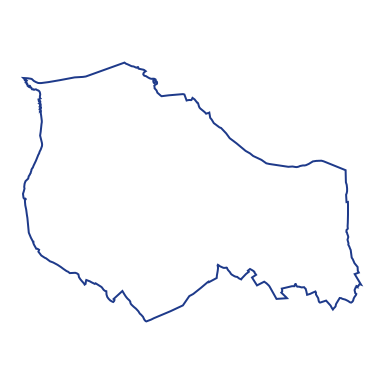 Spinus, Bihor, Romania (Mercator projection)
{"feature_id": "2599482B16255250220443", "entity_name": "Spinus", "entity_type": "district", "adm_level": 2, "iso_a3": "ROU", "parent_name": "Romania", "parent_adm1": "Bihor", "projection": "mercator", "projection_center": [22.193, 47.203], "detail": "fine", "context": "isolated", "style": "outline", "palette": "blue", "viewbox_px": 384, "rotation_deg": 0, "n_neighbors": 0, "source": "geoboundaries", "source_scale": "gbopen_adm2", "svg_char_len": 5733}
<svg xmlns="http://www.w3.org/2000/svg" viewBox="0 0 384 384"><path d="M358.8,272.6L357.8,270.8L357.6,267.0L354.5,263.2L352.8,259.3L351.7,257.6L350.7,250.0L350.0,248.5L349.4,246.8L348.3,244.7L348.5,243.3L347.5,239.8L348.3,237.0L347.9,235.5L347.3,234.0L346.9,232.4L346.4,232.0L346.5,230.1L347.8,228.7L347.6,226.2L347.8,222.7L348.0,214.6L348.0,204.8L347.9,201.9L346.5,202.1L346.4,200.7L346.4,199.6L346.3,198.3L346.1,194.7L346.7,193.2L347.1,191.2L347.1,188.4L346.7,184.8L345.9,182.3L345.6,170.2L323.6,161.3L321.4,160.7L316.4,160.9L312.9,161.4L308.8,163.9L305.9,165.2L304.2,165.5L303.1,165.4L300.1,166.0L298.5,166.7L296.7,167.1L295.4,167.0L292.5,166.5L288.3,166.8L269.5,164.0L266.3,163.3L261.5,159.9L253.2,156.0L250.0,153.4L245.6,150.9L236.6,143.4L229.7,138.2L226.2,133.4L221.1,128.0L219.5,127.4L213.8,123.1L211.7,119.6L210.2,117.8L209.3,112.6L208.3,113.1L207.8,113.1L206.1,113.7L205.8,113.4L205.7,113.1L204.4,111.9L200.4,108.6L199.5,107.6L198.9,106.2L198.2,103.7L197.8,102.9L197.5,102.6L197.2,102.7L194.6,99.4L192.5,97.9L191.5,99.9L191.1,100.1L189.2,100.0L187.7,100.2L186.6,100.5L184.4,94.5L183.0,94.1L168.8,95.3L161.6,96.2L160.7,95.6L157.4,92.7L156.5,90.4L154.6,88.3L154.6,87.6L154.3,85.6L155.6,84.5L156.6,84.1L157.0,83.6L157.1,83.0L156.9,81.9L156.6,81.5L156.2,81.3L155.8,81.4L154.4,83.1L154.0,83.0L153.6,82.5L153.3,81.2L153.3,80.5L153.8,80.1L154.4,79.9L155.5,80.1L155.7,79.9L155.6,79.5L154.8,79.0L153.9,78.7L151.2,78.8L149.6,78.3L147.8,77.3L146.1,76.2L144.3,75.7L143.3,74.5L143.4,73.6L143.7,72.9L144.5,72.0L145.7,71.2L144.3,70.1L143.4,69.7L139.0,68.8L138.3,68.4L138.1,68.1L138.3,67.5L138.0,67.1L137.4,67.2L136.3,67.7L133.7,66.5L131.6,66.2L128.0,64.5L125.8,63.6L124.5,62.6L85.8,76.5L83.0,76.9L74.6,77.4L59.7,80.2L48.5,82.1L40.9,83.1L38.2,83.0L35.8,82.0L33.8,80.9L31.9,79.1L31.1,78.8L28.0,78.3L23.4,78.0L23.9,78.5L24.7,78.7L24.6,79.8L24.9,80.3L25.1,80.3L25.4,79.5L25.9,79.6L25.9,80.0L25.5,80.7L25.7,80.9L26.6,80.9L25.8,82.3L26.3,82.4L26.8,83.1L26.5,83.4L26.8,84.1L27.5,84.4L27.6,85.0L27.5,85.7L27.8,86.0L28.7,86.6L29.4,85.8L29.8,85.8L30.0,86.0L30.0,86.4L29.4,87.1L30.3,87.5L31.2,87.5L31.5,88.0L31.8,89.0L32.0,89.3L32.3,89.4L33.5,89.3L34.0,89.8L34.4,89.7L35.2,89.4L36.1,89.4L37.5,90.3L38.2,90.4L38.9,90.9L39.3,91.3L39.7,92.0L40.0,93.0L40.2,94.2L40.2,94.8L39.9,96.1L39.9,97.1L40.0,98.1L40.4,98.5L40.2,98.6L39.7,98.5L39.5,99.2L39.3,99.5L38.5,99.5L38.5,99.8L39.2,100.2L39.2,100.5L38.9,100.9L38.9,101.2L39.4,101.4L39.8,101.2L40.1,101.1L40.3,101.4L40.2,102.2L39.8,102.0L39.4,102.1L39.5,102.8L39.9,102.9L39.9,103.4L39.8,103.8L39.8,104.0L39.7,104.0L39.9,104.2L40.5,104.0L40.7,104.7L40.0,105.1L40.0,105.6L40.6,105.8L40.6,106.0L39.8,106.7L39.7,106.8L40.3,107.2L40.5,107.3L40.8,107.1L41.0,107.4L41.0,107.8L40.2,108.2L39.8,108.8L39.7,109.1L40.2,109.1L40.4,110.0L40.3,110.5L40.4,110.4L40.3,111.0L40.0,111.4L40.1,111.5L40.9,111.4L40.8,112.2L40.8,113.1L40.9,114.2L41.1,115.2L41.8,120.8L41.8,122.2L41.5,124.0L40.7,131.6L40.1,135.6L41.9,142.8L42.1,144.4L42.0,146.0L40.7,149.6L39.8,151.3L39.3,152.6L39.1,153.5L38.4,154.6L35.9,160.8L33.5,165.8L32.8,167.7L32.1,168.4L31.4,169.9L31.4,170.5L30.9,172.0L30.7,172.5L30.7,173.0L30.1,173.8L30.0,174.3L28.7,176.3L28.2,178.6L26.1,180.6L25.5,181.2L24.6,183.7L24.2,187.0L24.5,188.5L23.8,191.3L23.0,193.8L23.5,197.8L24.0,198.5L25.1,198.5L25.6,198.8L25.7,199.3L24.9,200.1L25.0,202.2L25.3,205.4L26.2,209.7L26.9,214.9L27.4,218.0L28.8,232.7L30.9,237.7L32.9,241.5L33.4,241.6L33.5,242.2L33.2,242.6L33.9,244.5L36.3,248.8L37.0,248.7L37.8,249.0L39.1,249.8L38.9,250.4L38.4,251.7L41.3,255.5L44.8,257.8L46.0,258.3L50.0,261.3L53.2,262.5L57.5,264.8L61.0,267.1L63.4,268.9L66.6,271.1L68.0,271.7L69.8,273.1L75.2,272.8L76.8,273.3L78.4,274.4L79.0,277.2L80.3,279.2L81.7,280.9L84.0,283.5L84.6,284.6L85.6,283.9L85.9,281.2L86.3,280.0L89.8,281.3L91.5,282.3L94.8,283.9L95.6,283.3L101.5,287.0L102.4,288.1L103.6,289.8L105.0,290.9L106.3,291.2L106.5,294.5L107.3,297.0L108.6,298.8L110.3,300.5L112.4,301.7L113.2,302.0L113.9,301.3L114.3,300.6L114.5,299.8L113.6,299.0L122.4,291.0L124.3,294.2L125.8,296.5L127.3,298.4L129.6,300.6L130.3,301.8L130.3,302.4L130.7,303.6L131.3,304.5L133.6,306.7L136.0,308.7L138.4,311.3L139.3,312.8L139.9,313.7L141.0,314.6L143.0,316.8L144.3,319.6L145.6,321.1L146.4,321.4L151.1,319.6L153.9,318.2L170.5,311.2L182.9,305.4L189.3,296.1L193.2,294.0L201.0,287.8L207.5,282.3L208.6,281.6L208.9,282.2L216.7,278.0L216.9,275.5L217.7,270.9L218.0,268.4L217.9,266.7L217.6,265.4L217.9,264.8L218.7,265.3L219.8,266.2L223.1,267.7L223.8,267.9L225.0,267.9L226.4,267.6L226.9,267.8L227.5,269.2L228.0,270.0L230.2,272.5L230.6,273.4L231.2,274.1L231.9,274.7L234.6,276.3L236.1,276.8L237.2,276.9L239.0,278.4L241.2,279.4L241.9,278.3L246.1,273.9L248.8,271.8L247.9,270.7L250.0,269.0L252.0,270.1L253.6,271.1L254.4,271.9L254.4,272.4L256.1,274.8L252.0,277.5L257.0,285.4L264.2,281.7L266.5,283.3L268.8,285.5L269.5,286.4L276.5,298.9L287.0,298.2L286.2,297.3L281.3,292.6L281.7,292.2L282.2,291.4L282.1,289.6L281.8,288.6L292.0,286.2L294.4,286.2L294.8,284.9L295.4,284.0L295.7,284.0L296.4,285.6L297.3,286.7L299.1,286.7L301.6,287.4L304.1,287.2L305.1,288.4L305.6,288.7L306.3,291.1L306.6,292.5L307.1,294.8L310.1,293.9L312.8,292.6L315.4,291.5L316.0,292.7L315.9,293.1L316.0,294.5L318.2,298.2L318.7,300.9L319.2,302.0L319.8,302.5L320.4,302.5L326.1,300.6L330.6,305.6L331.8,307.9L332.9,309.5L333.7,308.4L335.0,307.1L335.5,306.4L335.7,305.9L335.8,305.0L336.1,304.0L336.6,303.1L339.7,298.0L341.3,298.2L342.3,298.8L345.3,299.6L347.9,300.9L350.0,302.3L351.1,302.6L352.2,301.9L353.1,300.7L353.7,298.5L354.5,297.0L355.9,295.1L356.3,294.0L355.3,293.2L354.7,290.7L354.6,290.0L355.6,287.7L355.7,287.3L356.4,287.1L357.0,287.2L356.4,286.4L356.5,286.0L357.8,286.4L358.2,286.3L359.3,284.4L359.9,284.2L361.0,284.6L354.7,274.1L358.8,272.6Z" fill="none" stroke="#1e3a8a" stroke-width="2"/></svg>